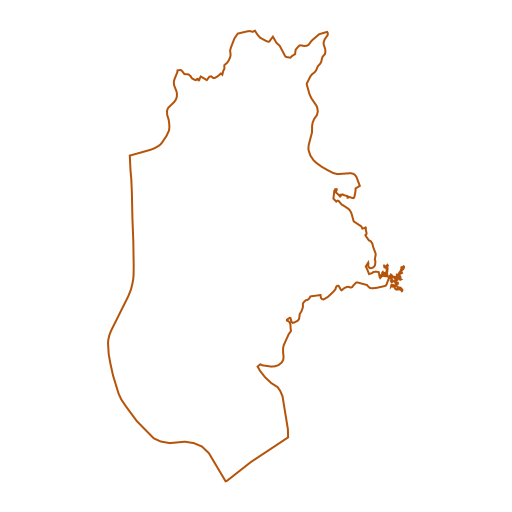 the district of Quang Yen, Quảng Ninh, Vietnam
{"feature_id": "81297802B38356347526872", "entity_name": "Quang Yen", "entity_type": "district", "adm_level": 2, "iso_a3": "VNM", "parent_name": "Vietnam", "parent_adm1": "Quảng Ninh", "projection": "equal_earth", "projection_center": [106.908, 20.924], "detail": "fine", "context": "isolated", "style": "outline", "palette": "amber", "viewbox_px": 512, "rotation_deg": 0, "n_neighbors": 0, "source": "geoboundaries", "source_scale": "gbopen_adm2", "svg_char_len": 6041}
<svg xmlns="http://www.w3.org/2000/svg" viewBox="0 0 512 512"><path d="M288.1,437.4L287.9,429.3L282.5,396.2L280.2,390.9L277.6,387.1L271.4,383.2L265.1,377.3L260.0,370.8L257.6,366.6L260.3,364.3L262.3,365.3L271.4,366.6L274.9,366.3L278.5,365.1L281.6,362.6L283.1,360.1L283.5,357.8L283.5,356.2L283.1,352.2L283.1,348.2L283.7,345.2L288.8,334.0L290.8,331.3L291.0,330.4L290.7,329.3L290.4,324.5L289.6,322.3L288.5,321.3L286.9,320.5L287.0,319.6L289.8,317.8L290.5,318.1L291.5,321.8L292.6,322.9L294.5,322.4L297.7,320.7L298.9,319.3L299.4,316.9L299.7,314.1L301.4,311.4L302.6,308.2L303.0,306.2L302.8,304.1L303.5,302.5L305.7,300.3L307.4,299.9L309.1,298.7L310.5,296.4L320.5,295.0L320.9,297.8L322.1,299.2L323.7,299.4L327.9,296.9L333.3,291.8L335.4,289.3L336.1,287.0L337.2,285.8L338.6,285.8L341.0,289.9L341.6,290.3L344.6,287.9L347.2,286.9L348.9,286.9L350.6,287.6L352.2,287.1L353.3,285.5L356.1,282.6L357.2,282.4L367.0,285.0L368.0,286.3L369.8,287.9L372.1,288.3L376.4,287.9L383.2,286.4L385.7,285.7L386.6,284.3L389.1,277.5L389.1,277.0L388.4,276.6L382.7,275.8L381.8,276.2L380.2,278.0L379.7,277.2L378.7,272.1L377.2,271.8L375.5,271.7L373.2,272.1L372.3,273.0L369.1,274.1L367.1,269.1L365.8,266.5L368.2,262.6L368.4,263.7L368.1,265.7L368.9,267.3L369.9,268.2L371.5,268.1L373.1,267.5L374.2,266.5L374.8,265.5L375.2,264.0L375.4,261.0L374.8,259.7L375.7,254.6L375.5,253.3L373.1,246.7L372.3,243.5L370.6,241.1L368.9,240.4L365.5,235.6L365.4,235.0L366.2,234.5L366.6,233.4L365.8,229.8L365.8,227.6L365.5,227.4L364.5,228.1L362.4,228.6L361.3,226.4L353.7,221.4L351.5,213.5L350.1,210.7L348.6,209.0L343.3,205.4L341.8,204.7L338.6,200.9L337.6,200.6L336.3,201.6L333.4,198.6L334.3,191.0L334.8,191.0L335.2,189.2L336.6,189.1L336.8,189.5L336.0,191.8L336.1,192.6L338.7,194.9L340.0,196.5L340.4,196.5L340.7,196.0L340.8,195.2L340.6,194.8L342.7,194.4L343.0,194.9L347.4,196.1L347.6,197.7L348.1,197.6L348.1,196.6L352.4,198.0L353.5,198.1L353.9,197.8L354.4,196.8L355.4,191.9L355.6,188.4L359.8,185.9L356.4,176.8L354.6,174.6L353.3,173.8L350.5,173.2L337.5,174.1L333.1,173.0L327.7,170.2L321.9,166.9L316.6,163.1L313.5,160.2L310.4,155.6L308.6,150.4L308.4,147.9L308.8,144.6L312.0,132.4L312.1,125.9L312.6,122.9L314.0,119.2L317.0,114.9L317.8,111.5L317.3,108.0L316.5,105.8L311.4,98.3L309.5,94.2L306.7,84.3L306.9,83.3L310.4,76.3L312.3,74.0L314.4,72.5L316.1,70.4L317.8,66.3L320.2,63.7L321.3,61.6L322.0,58.4L322.6,56.7L325.0,54.0L325.4,51.9L325.2,49.2L323.7,44.4L323.6,42.3L324.7,39.3L327.7,35.0L327.8,33.6L327.6,32.7L327.1,31.9L319.2,34.2L312.4,40.0L311.0,41.5L308.8,44.6L307.0,45.7L304.2,46.0L300.7,45.3L299.3,45.6L296.5,48.6L295.6,49.9L295.1,54.1L292.2,55.9L290.3,57.7L286.3,57.0L285.3,56.4L279.7,45.8L276.5,42.9L272.9,36.7L269.3,41.5L269.0,41.7L267.8,41.6L266.3,41.1L260.1,37.7L257.5,34.7L254.9,30.7L252.8,31.8L249.9,31.1L247.6,31.3L237.7,33.6L234.4,38.5L231.0,47.3L230.1,50.4L230.6,54.9L230.1,57.4L228.4,61.0L226.9,63.0L224.6,64.9L224.3,65.4L224.4,68.7L223.3,70.8L222.3,74.7L220.9,73.5L218.3,75.8L215.4,77.7L213.4,78.1L211.1,76.3L209.3,76.8L206.8,80.1L200.8,76.5L199.7,78.4L199.4,79.7L198.9,80.4L198.4,80.3L197.8,78.9L197.6,78.8L197.1,78.9L195.9,80.1L195.3,80.1L192.3,78.6L191.3,77.5L190.8,76.4L188.5,74.4L184.4,74.1L181.8,70.7L180.6,70.0L177.5,70.4L177.3,72.3L174.6,78.9L174.0,80.9L173.8,82.5L174.1,85.3L176.6,91.7L176.9,93.6L176.9,96.0L176.5,98.0L175.6,100.0L174.1,102.1L168.4,107.6L167.5,109.2L167.0,111.2L167.2,115.0L168.7,119.8L169.2,123.7L169.4,127.2L169.0,130.5L166.5,135.9L161.9,142.8L160.3,144.6L158.5,146.0L154.2,148.4L150.4,149.8L129.8,155.6L130.5,170.4L131.3,179.1L131.9,193.3L132.4,217.9L133.3,241.0L133.7,266.1L133.6,274.4L133.3,278.7L132.5,283.2L131.0,289.4L128.3,296.2L111.0,330.9L109.5,334.8L108.4,339.2L108.0,342.8L108.7,354.2L110.3,363.1L113.0,375.4L118.6,393.7L121.2,399.3L125.8,406.2L136.8,421.1L153.7,438.3L160.7,441.5L169.7,443.1L184.9,441.7L193.8,443.1L201.9,446.5L208.9,453.2L225.6,481.3L226.8,480.9L228.0,480.0L250.9,462.0L288.1,437.4ZM394.0,285.3L391.8,284.6L391.3,285.1L391.1,286.5L391.7,285.8L392.1,285.7L392.7,286.6L393.5,286.5L394.2,287.0L394.6,287.0L395.1,288.7L395.7,289.1L396.3,289.1L396.5,289.6L397.6,289.5L397.7,288.6L398.2,288.3L398.5,289.3L399.0,289.1L399.5,289.5L400.4,289.2L401.9,291.2L402.3,290.8L402.3,289.6L401.2,288.6L400.6,287.7L399.9,287.9L398.7,287.3L398.2,287.7L396.4,286.1L395.8,284.9L395.3,285.1L395.0,286.2L394.5,286.0L394.0,285.3ZM394.5,277.2L393.1,276.6L392.9,276.8L393.4,277.5L394.3,277.4L395.1,278.6L395.3,279.6L395.2,282.4L395.3,282.9L396.5,284.3L397.6,284.3L397.9,283.1L397.8,282.6L397.0,282.5L396.1,281.6L396.3,279.8L396.9,280.1L397.4,279.9L397.4,279.5L396.9,279.0L397.5,278.0L396.4,276.7L396.1,277.1L395.0,276.8L394.5,277.2ZM401.7,272.1L400.5,271.2L399.4,272.5L399.1,273.3L398.2,274.3L398.6,275.8L398.4,276.2L398.0,275.5L396.9,274.9L396.9,275.4L397.8,276.4L397.4,277.5L397.8,277.4L398.4,277.9L398.4,276.5L399.4,276.4L399.8,274.9L399.7,273.6L400.2,272.2L400.7,272.3L400.7,273.0L401.6,273.3L402.0,273.0L401.7,272.1ZM403.7,268.2L404.0,266.6L403.5,266.3L402.5,267.2L401.5,267.2L401.3,267.6L401.5,269.2L401.0,269.7L400.8,270.4L401.2,270.6L401.9,270.2L402.3,269.5L403.1,269.3L403.7,268.2ZM392.2,275.8L391.5,275.0L390.9,274.6L390.6,275.7L389.7,275.9L389.6,276.6L389.9,278.3L390.8,278.6L391.5,278.4L391.8,277.5L391.7,276.8L392.2,276.3L392.2,275.8ZM387.3,271.4L387.6,268.9L387.3,267.4L387.5,266.2L387.9,265.5L387.4,264.9L387.0,265.5L387.0,267.1L386.4,268.0L386.8,270.8L386.7,271.4L387.3,271.4ZM387.0,275.8L387.3,274.9L387.1,273.2L386.6,272.2L386.2,272.1L385.9,272.8L386.2,275.3L386.4,275.7L387.0,275.8ZM383.1,272.7L382.8,272.0L382.2,272.7L382.2,273.2L383.2,273.4L384.0,275.1L384.4,275.1L384.4,272.9L383.1,272.7ZM400.4,279.3L400.5,277.0L400.1,276.5L399.4,277.2L399.4,278.3L399.5,279.2L399.9,279.6L400.3,279.8L400.9,279.5L400.4,279.3ZM392.4,280.9L392.3,280.2L390.9,280.7L391.5,282.1L393.6,281.4L393.5,281.1L392.4,280.9ZM384.9,266.2L384.5,265.6L384.1,265.6L384.4,267.3L385.4,267.7L385.8,267.4L385.9,266.9L385.5,266.3L384.9,266.2ZM381.8,276.0L382.4,275.7L382.4,275.1L381.4,274.9L380.8,275.2L380.7,275.9L381.8,276.0Z" fill="none" stroke="#b45309" stroke-width="2"/></svg>